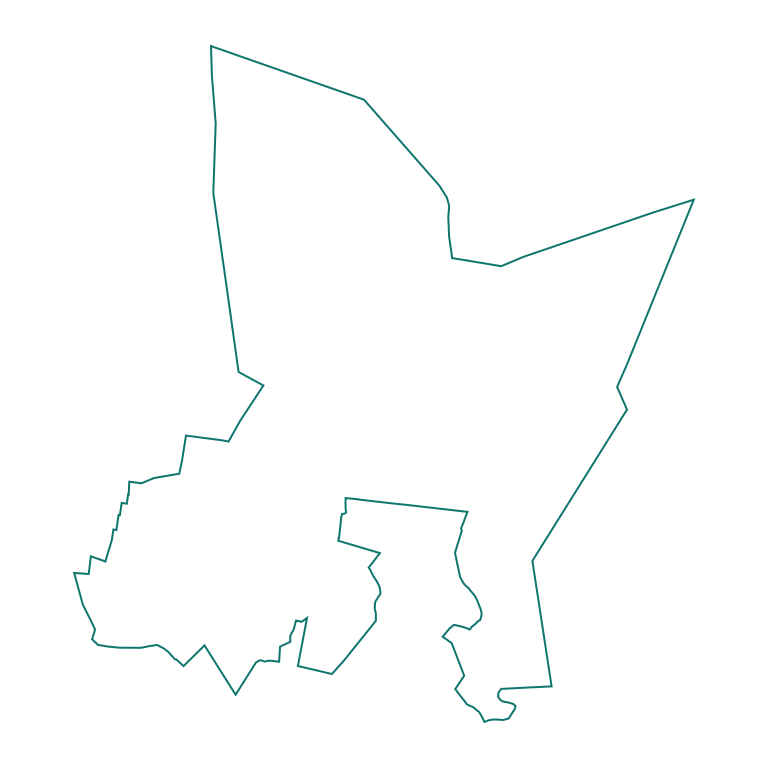 outline of Magdalena Apasco, Oaxaca, Mexico
{"feature_id": "50627088B71310669163149", "entity_name": "Magdalena Apasco", "entity_type": "district", "adm_level": 2, "iso_a3": "MEX", "parent_name": "Mexico", "parent_adm1": "Oaxaca", "projection": "orthographic", "projection_center": [-96.817, 17.249], "detail": "fine", "context": "isolated", "style": "outline", "palette": "teal", "viewbox_px": 768, "rotation_deg": 0, "n_neighbors": 0, "source": "geoboundaries", "source_scale": "gbopen_adm2", "svg_char_len": 2623}
<svg xmlns="http://www.w3.org/2000/svg" viewBox="0 0 768 768"><path d="M693.8,199.7L654.3,212.1L523.0,257.0L501.2,266.2L481.4,262.9L452.2,258.1L449.1,236.5L448.3,217.0L449.2,205.8L446.8,197.4L439.4,185.7L364.0,99.7L211.0,46.1L211.9,75.6L215.7,123.4L213.3,193.0L228.9,303.0L238.6,372.0L263.4,385.5L240.4,420.4L228.5,441.6L222.7,440.4L186.0,435.6L183.0,454.5L182.6,456.9L182.4,458.1L182.3,459.2L182.1,460.3L182.0,461.4L181.4,463.2L179.3,473.7L154.1,478.0L141.4,483.3L129.3,481.7L128.7,494.7L128.1,494.5L126.8,503.7L121.7,502.9L119.9,515.1L118.6,514.9L116.4,530.0L113.4,529.5L111.8,540.3L107.3,554.9L105.4,561.5L90.9,556.3L88.7,574.0L76.3,573.1L74.2,573.0L82.8,604.5L90.9,620.7L95.1,629.5L92.1,639.3L98.0,644.9L107.5,646.5L119.7,647.7L140.8,647.8L150.0,646.0L157.2,645.0L163.9,648.5L168.4,652.0L175.0,659.4L176.3,659.4L183.5,666.1L204.5,645.4L235.6,694.7L256.1,662.3L259.5,660.4L261.6,660.5L264.8,661.6L267.4,660.9L270.7,660.7L278.2,661.6L279.1,661.7L279.3,658.7L279.5,655.5L280.1,646.6L290.2,641.9L290.3,635.6L291.6,633.2L292.5,631.6L293.6,629.7L295.3,623.3L296.1,620.6L298.1,621.0L301.6,621.8L304.9,619.5L307.0,618.0L297.9,666.0L320.0,671.2L331.9,674.0L344.0,660.5L375.9,620.8L375.8,613.2L374.7,608.4L375.1,602.2L377.2,598.7L380.4,593.9L380.2,590.2L379.4,586.4L376.9,581.5L373.3,576.1L370.2,569.8L368.7,567.6L369.4,566.7L371.7,563.7L372.5,562.7L373.3,561.7L379.9,553.1L338.3,540.8L338.7,538.1L339.0,538.1L340.2,527.5L340.9,520.4L341.1,517.8L341.8,515.1L342.0,514.0L344.3,513.7L345.3,513.3L346.1,512.3L345.7,509.4L345.5,503.9L345.5,503.0L345.6,498.1L358.4,499.3L358.4,499.5L393.1,503.5L406.7,504.9L424.1,506.9L467.5,511.9L466.6,514.2L465.2,517.9L464.2,520.3L464.2,520.6L462.7,524.3L461.0,528.6L461.9,530.4L455.0,552.8L460.1,577.1L463.7,583.5L466.0,586.0L468.4,587.9L470.7,591.0L473.1,593.7L475.5,597.0L477.8,601.8L478.9,604.9L480.6,609.1L481.5,612.8L481.6,614.8L481.2,616.7L480.1,620.0L477.6,621.6L475.1,624.2L472.1,626.5L470.5,628.5L469.7,629.5L466.8,628.2L461.8,626.6L458.9,626.0L454.1,624.8L449.6,628.4L442.7,636.7L446.6,639.5L451.7,643.2L464.2,675.7L455.2,689.1L467.2,704.6L473.2,707.2L477.5,710.8L478.0,711.1L479.0,711.9L481.6,716.1L484.4,721.9L488.4,720.4L492.1,719.6L496.3,719.5L503.3,720.0L508.6,718.5L514.7,709.2L515.5,706.0L513.1,703.9L510.1,703.0L507.4,702.3L504.4,701.8L502.2,701.2L499.9,699.4L498.2,696.9L498.2,693.4L499.5,691.1L501.2,688.9L516.7,688.1L520.2,687.9L523.5,687.8L528.2,687.5L532.3,687.3L535.5,687.2L543.3,686.8L547.0,686.6L551.6,686.4L546.0,649.9L543.1,630.8L539.5,607.1L535.7,582.6L532.4,560.9L627.0,409.6L617.1,386.9L627.0,364.4L693.8,199.7Z" fill="none" stroke="#0f766e" stroke-width="2"/></svg>